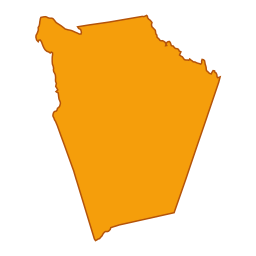 outline of Vargem Grande, Maranhão, Brazil
{"feature_id": "56859067B3875589464132", "entity_name": "Vargem Grande", "entity_type": "district", "adm_level": 2, "iso_a3": "BRA", "parent_name": "Brazil", "parent_adm1": "Maranhão", "projection": "robinson", "projection_center": [-43.888, -3.737], "detail": "fine", "context": "isolated", "style": "filled", "palette": "amber", "viewbox_px": 256, "rotation_deg": 0, "n_neighbors": 0, "source": "geoboundaries", "source_scale": "gbopen_adm2", "svg_char_len": 2511}
<svg xmlns="http://www.w3.org/2000/svg" viewBox="0 0 256 256"><path d="M53.3,113.3L52.9,115.2L53.1,116.6L53.8,117.7L54.5,119.8L55.5,121.3L57.4,125.8L60.9,135.6L63.9,143.7L73.8,171.2L74.3,173.0L76.2,179.4L76.8,181.2L83.2,202.2L88.7,220.3L94.4,239.0L95.5,240.6L97.0,239.8L98.2,239.0L99.6,238.6L100.6,237.3L101.9,236.0L102.6,234.7L103.2,233.6L104.4,232.2L105.5,231.5L107.3,231.6L108.6,231.1L110.2,229.5L110.8,227.6L119.4,224.9L130.7,222.4L139.6,220.4L161.1,215.6L174.1,212.7L185.9,178.9L190.5,165.2L198.0,143.1L206.4,118.6L208.1,113.5L218.7,82.3L220.1,76.9L219.1,77.3L217.7,77.7L217.0,76.7L216.9,75.0L216.2,73.1L214.9,72.3L214.6,70.9L213.1,70.6L212.0,72.3L211.2,73.9L209.6,73.4L208.7,72.7L207.8,71.7L206.5,70.6L206.2,68.7L206.1,67.3L205.7,65.8L205.1,63.8L204.8,62.0L204.5,60.6L203.4,59.7L202.1,59.4L201.6,61.0L201.7,62.9L200.7,64.2L199.4,63.6L198.1,63.3L196.8,62.9L195.0,62.0L193.2,61.8L192.2,60.9L190.8,60.0L189.7,59.0L188.8,60.3L187.7,60.0L185.7,60.0L184.4,59.6L183.7,58.7L182.4,56.9L181.0,56.1L179.5,55.0L180.2,53.4L180.9,51.8L179.3,51.1L178.4,49.3L176.9,48.6L175.8,48.6L174.5,47.8L173.3,46.1L171.4,45.7L170.9,44.4L170.4,42.8L169.5,41.5L168.2,41.6L166.9,42.4L166.0,44.0L165.0,42.2L163.9,41.4L162.6,40.7L161.2,40.8L160.0,40.4L158.8,38.8L157.1,37.3L156.8,35.0L156.0,34.1L155.7,33.0L155.5,31.5L155.3,30.3L153.9,28.8L151.8,26.6L151.5,24.5L152.0,22.5L151.0,21.2L149.9,20.0L148.6,19.1L147.5,17.5L147.4,16.2L146.6,15.4L145.2,16.1L143.8,16.6L142.3,16.4L108.9,22.1L89.3,24.9L77.6,26.8L78.7,28.5L80.6,29.4L81.2,31.2L81.4,32.5L81.0,34.0L79.4,34.1L77.2,33.0L75.2,32.2L73.3,31.3L71.7,30.6L69.6,30.1L67.9,29.8L66.7,29.4L65.3,29.1L63.6,27.7L62.4,26.8L61.1,25.8L59.4,24.7L57.4,23.4L56.1,22.5L55.1,21.2L54.0,19.8L52.9,18.6L51.8,18.2L49.6,18.2L48.1,17.8L46.6,17.0L45.5,16.7L43.4,16.9L40.9,17.4L40.3,18.9L40.1,20.3L39.8,21.8L39.6,23.8L39.2,25.8L38.2,27.4L38.3,30.2L37.4,32.7L36.8,34.1L36.1,35.2L35.9,37.2L36.6,39.9L38.2,41.7L39.0,40.1L40.3,40.0L41.5,41.9L42.0,43.3L43.2,46.4L44.3,48.6L45.3,50.0L47.0,51.4L48.6,51.9L50.2,53.0L51.3,52.1L52.5,52.8L52.6,54.7L52.3,56.5L52.2,58.1L52.2,61.5L52.4,64.1L53.2,66.2L53.6,68.3L53.4,69.8L53.7,71.6L54.5,73.0L55.3,74.7L55.5,76.4L55.6,77.7L55.5,80.1L55.6,81.5L56.4,83.4L56.0,85.2L55.7,86.5L56.6,87.7L57.8,89.9L57.0,90.7L56.0,91.6L57.0,92.3L58.2,92.9L58.4,94.5L58.6,96.4L59.0,99.0L60.3,102.1L60.4,103.7L59.7,106.1L58.7,107.4L57.5,108.3L57.0,110.1L56.2,111.1L54.8,111.4L53.9,112.1L53.3,113.3ZM166.0,44.0L166.7,45.5L165.6,45.7L166.0,44.0Z" fill="#f59e0b" stroke="#b45309" stroke-width="1.5"/></svg>